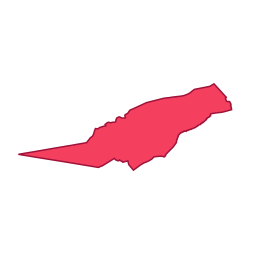 Fljótsdalshreppur, Austurland, Iceland (Albers equal-area conic projection), rotated 37°
{"feature_id": "244011B28727550371532", "entity_name": "Fljótsdalshreppur", "entity_type": "district", "adm_level": 2, "iso_a3": "ISL", "parent_name": "Iceland", "parent_adm1": "Austurland", "projection": "albers", "projection_center": [-15.091, 64.811], "detail": "fine", "context": "isolated", "style": "filled", "palette": "rose", "viewbox_px": 256, "rotation_deg": 37, "n_neighbors": 0, "source": "geoboundaries", "source_scale": "gbopen_adm2", "svg_char_len": 4551}
<svg xmlns="http://www.w3.org/2000/svg" viewBox="0 0 256 256"><g transform="rotate(37 128 128)"><path d="M174.3,129.4L174.6,127.8L174.2,126.3L174.2,125.8L174.4,124.1L174.5,123.1L175.5,116.2L175.4,111.0L175.4,110.6L175.2,110.2L174.9,109.7L174.4,108.8L174.2,108.3L174.1,108.0L174.0,107.7L174.0,107.3L173.9,107.0L173.5,106.4L173.5,106.2L173.5,105.9L173.5,105.6L173.4,105.4L173.2,105.2L173.2,104.9L173.1,104.5L173.1,104.4L172.9,104.2L172.8,103.9L172.7,103.8L172.7,103.6L172.7,103.2L172.8,102.9L172.8,102.7L172.7,102.5L172.7,102.4L172.7,102.2L172.8,102.1L172.7,101.9L172.8,101.7L172.9,101.4L172.8,101.1L172.8,100.9L172.8,100.7L173.0,100.5L173.0,100.3L173.1,100.2L173.1,99.9L173.2,99.5L173.3,99.5L173.4,99.4L173.7,99.3L173.7,99.2L173.7,98.9L173.7,98.7L173.8,98.5L174.0,98.3L174.3,98.2L174.3,97.8L174.5,97.2L174.5,96.8L174.7,96.7L175.1,96.7L175.4,96.4L175.5,96.3L175.5,96.1L175.7,95.9L175.8,95.6L176.0,95.6L176.0,95.4L176.3,95.4L176.2,95.2L176.4,95.0L176.6,94.7L176.8,94.4L176.8,94.0L177.0,93.8L177.3,93.6L177.5,93.7L177.7,93.3L177.7,92.9L177.8,92.8L177.9,92.7L178.0,92.7L178.1,92.4L178.2,92.1L178.4,91.7L178.5,91.6L178.8,91.5L179.0,91.4L179.0,91.1L179.1,90.9L179.3,90.8L179.3,90.5L179.4,90.3L179.5,90.1L179.8,89.8L180.0,89.7L180.1,89.4L180.2,89.2L180.2,88.9L180.3,88.8L180.4,88.7L180.6,88.5L180.7,88.3L180.8,88.2L181.1,87.6L181.2,87.4L181.3,87.3L181.3,87.2L181.5,87.0L181.4,86.9L181.4,86.6L181.6,86.4L181.7,86.2L181.8,85.7L182.0,85.4L182.0,85.1L182.2,84.8L182.2,84.6L182.4,84.5L182.4,84.4L182.3,84.2L182.2,84.1L182.3,83.9L182.5,83.8L182.6,83.7L182.6,83.4L182.6,83.2L182.8,82.8L182.9,82.7L183.1,82.2L183.3,81.9L183.6,81.8L183.6,81.7L183.6,81.2L183.7,80.9L183.6,80.7L183.9,80.6L184.0,80.3L184.0,80.2L183.9,80.1L184.0,79.9L184.2,79.7L184.2,79.3L184.1,79.2L184.1,78.8L184.2,78.6L184.5,78.6L184.7,78.4L184.7,78.2L184.8,77.9L184.7,77.6L184.8,77.4L184.8,77.2L184.9,76.9L185.0,76.7L185.0,76.4L185.1,76.2L185.1,75.9L185.2,75.6L185.3,75.2L185.4,74.8L185.4,74.7L185.2,74.4L185.5,74.2L185.5,73.9L185.5,73.7L185.4,73.6L185.3,73.4L185.3,73.2L185.2,73.1L185.3,72.9L185.4,72.6L185.4,72.4L185.5,72.2L185.4,72.0L185.6,71.9L185.6,71.7L185.7,71.3L185.7,71.1L185.9,70.8L186.1,70.7L186.3,70.2L186.4,69.8L186.3,69.7L186.2,69.6L186.1,69.3L186.2,69.2L186.3,68.9L186.4,68.7L186.5,68.6L186.4,68.5L186.3,68.4L186.4,68.2L186.1,67.9L185.9,67.7L185.5,67.2L186.0,66.4L189.1,63.1L189.8,62.4L192.3,60.1L193.6,58.8L195.5,56.5L199.7,51.0L198.0,49.3L197.6,49.1L197.4,48.9L197.1,48.8L196.9,48.8L196.7,48.8L196.4,48.5L196.3,48.4L196.4,48.1L196.5,47.9L196.4,47.6L195.5,46.8L195.0,46.5L194.3,46.3L194.1,46.2L193.4,45.8L193.2,45.8L192.5,46.2L191.8,46.8L191.6,47.0L191.2,47.2L190.9,47.3L190.7,47.3L190.1,47.0L189.1,46.5L188.8,46.1L188.4,45.8L187.9,45.7L187.8,45.4L187.9,45.2L188.1,44.7L188.0,44.3L185.5,43.9L174.5,41.8L170.1,41.0L168.2,45.6L159.5,55.3L157.8,57.2L157.0,59.9L156.5,62.2L155.9,63.7L155.4,64.8L154.9,65.7L153.2,68.4L151.1,70.7L145.1,76.4L141.9,79.7L141.2,80.3L138.8,82.6L137.8,83.8L127.5,96.6L120.1,110.4L119.4,111.4L119.2,111.8L118.9,112.5L118.8,113.2L118.8,114.0L118.8,114.5L118.9,115.2L118.9,115.6L118.9,116.3L118.8,116.8L118.6,117.1L118.4,117.6L117.8,119.0L117.8,119.4L117.8,119.7L117.8,119.8L118.0,120.0L119.8,121.3L119.5,121.8L118.8,122.5L117.3,123.6L116.9,123.7L116.2,123.9L115.0,124.1L114.6,124.2L114.4,124.3L114.2,124.5L113.8,125.1L113.1,126.6L113.0,126.9L113.1,127.4L113.3,128.0L113.4,128.5L113.7,129.2L114.2,129.8L114.2,130.4L114.2,130.8L114.0,131.3L112.5,132.4L111.7,133.3L111.3,133.9L110.9,134.3L109.8,134.8L109.0,135.1L108.8,135.4L108.3,136.1L108.1,136.4L108.2,136.8L108.2,137.1L107.5,138.9L108.8,139.5L109.0,139.7L108.7,140.0L107.1,141.7L106.7,142.2L106.7,142.4L106.6,142.6L106.3,142.9L105.9,143.6L105.4,144.2L105.2,144.4L105.0,144.8L104.7,145.8L104.6,146.2L104.3,146.8L104.1,147.1L103.6,147.4L102.5,147.8L102.4,148.0L102.4,148.4L103.2,151.1L103.9,152.8L104.5,154.9L104.5,155.5L104.6,155.9L104.5,156.3L104.4,156.8L103.9,158.0L103.8,158.5L103.8,159.1L103.8,161.2L103.7,164.7L91.3,177.9L79.4,190.5L68.9,201.7L56.3,215.0L76.0,204.7L93.3,195.5L109.9,186.8L127.9,177.4L128.3,177.0L128.5,176.7L129.1,175.3L129.5,174.6L130.2,173.8L135.4,160.5L137.2,160.9L139.5,160.3L139.9,160.1L140.2,159.9L140.3,159.7L140.4,159.3L140.5,158.6L143.0,158.5L143.4,158.2L143.6,158.2L143.8,158.2L144.5,158.4L147.7,154.4L150.7,156.8L157.7,158.4L160.3,149.7L161.7,146.4L164.0,142.6L164.9,140.6L165.2,139.8L165.7,138.6L166.1,135.6L166.1,135.4L166.3,135.2L170.4,131.4L171.0,131.0L171.6,130.6L172.0,130.3L172.5,129.9L173.0,129.7L174.3,129.4Z" fill="#f43f5e" stroke="#9f1239" stroke-width="1.5"/></g></svg>